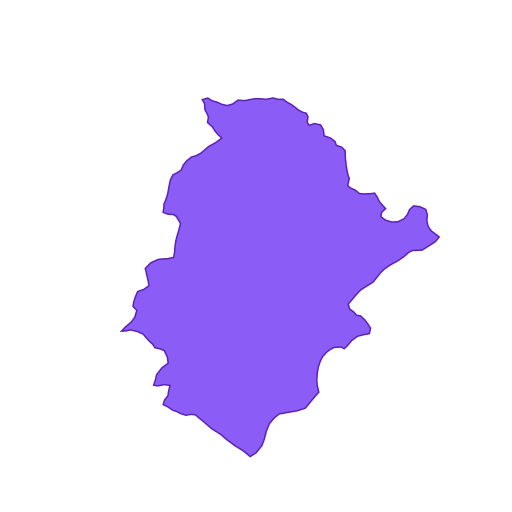 Biguaçu, Santa Catarina, Brazil (Natural Earth projection), rotated 53°
{"feature_id": "56859067B16833373833588", "entity_name": "Biguaçu", "entity_type": "district", "adm_level": 2, "iso_a3": "BRA", "parent_name": "Brazil", "parent_adm1": "Santa Catarina", "projection": "natural_earth1", "projection_center": [-48.699, -27.432], "detail": "fine", "context": "isolated", "style": "filled", "palette": "violet", "viewbox_px": 512, "rotation_deg": 53, "n_neighbors": 0, "source": "geoboundaries", "source_scale": "gbopen_adm2", "svg_char_len": 2755}
<svg xmlns="http://www.w3.org/2000/svg" viewBox="0 0 512 512"><g transform="rotate(53 256 256)"><path d="M235.1,408.6L237.6,404.9L239.5,400.7L244.8,396.3L250.6,393.1L254.9,392.9L260.2,392.4L264.4,391.6L268.5,391.9L272.8,388.2L276.5,386.2L283.3,387.6L288.7,390.6L288.7,398.5L291.0,406.9L294.6,411.1L297.6,415.5L300.7,412.5L303.6,406.5L307.6,402.6L311.7,407.5L314.6,410.4L315.9,415.5L318.8,419.6L323.0,417.4L329.3,415.2L332.3,413.0L336.4,411.1L341.0,407.8L343.4,403.2L346.3,400.0L350.5,399.1L355.2,397.9L359.8,396.9L367.3,395.3L377.2,391.6L384.6,390.0L395.8,386.7L402.6,383.9L407.9,382.5L412.7,381.4L413.2,374.2L411.0,365.5L407.5,359.9L402.2,353.2L398.0,346.3L396.3,338.9L396.1,332.5L404.5,316.1L407.2,308.0L405.1,299.5L403.5,292.6L402.6,287.8L395.6,284.7L391.5,282.0L386.0,277.1L382.0,272.8L378.8,268.1L376.5,263.5L375.3,257.5L375.3,253.1L376.1,248.5L379.9,242.8L383.1,241.4L382.6,236.8L381.1,230.3L381.2,223.2L383.4,217.9L386.2,212.2L382.6,207.9L377.7,207.6L373.0,207.5L366.8,208.5L363.9,211.3L359.3,211.7L354.5,213.1L349.9,211.2L346.9,197.8L346.1,192.8L346.5,187.6L347.3,178.2L345.5,171.1L344.4,167.1L343.7,161.7L343.8,155.8L344.3,151.5L345.2,145.3L345.5,137.4L345.0,132.1L345.6,128.0L348.1,124.5L351.3,119.7L352.1,109.5L352.5,104.0L351.0,98.2L346.0,99.6L341.7,100.9L336.2,100.8L330.9,98.5L326.1,94.3L320.9,92.4L315.2,95.5L310.8,100.0L311.3,105.4L313.9,109.9L315.4,115.3L314.1,122.0L310.7,127.0L305.5,130.9L299.8,132.6L296.7,129.3L296.2,124.0L290.6,124.5L286.8,124.7L282.2,123.8L277.2,123.4L275.1,127.1L271.7,132.1L268.4,135.8L262.9,137.2L259.1,139.3L255.2,140.6L250.3,134.9L246.5,133.7L243.0,132.1L238.1,129.6L231.1,125.4L225.7,121.5L220.7,122.0L216.1,125.2L212.0,124.0L206.6,125.5L201.0,129.3L195.7,126.2L190.2,125.5L185.4,129.6L183.7,134.9L179.9,134.6L176.1,130.7L172.1,130.0L169.2,132.3L165.6,134.0L161.2,135.2L156.6,136.5L151.9,138.6L147.1,140.0L144.2,144.1L140.0,147.3L137.0,153.6L132.9,158.0L130.1,161.6L128.1,165.3L125.3,171.3L120.7,176.6L120.6,182.9L118.6,188.4L114.2,192.1L109.5,194.6L105.7,197.6L100.9,199.4L98.8,204.8L103.3,205.4L108.4,208.7L112.7,209.4L116.3,210.3L120.2,214.4L126.7,213.1L131.4,213.5L136.2,213.3L141.2,212.3L141.2,219.5L140.1,227.6L140.4,233.1L140.7,238.4L139.8,243.7L138.1,247.9L138.3,254.3L139.5,259.0L142.3,264.0L142.1,268.7L141.2,273.4L143.5,278.3L147.8,283.3L152.6,288.4L155.8,292.6L159.3,298.4L162.3,300.8L165.2,303.9L169.8,301.1L173.1,297.1L176.4,295.8L180.1,296.2L184.7,296.8L189.1,302.4L192.3,306.7L195.8,311.1L200.4,315.7L203.6,318.4L207.6,322.6L204.8,328.5L202.2,332.3L199.9,336.2L198.1,344.0L199.3,351.9L211.4,357.3L215.2,359.4L215.2,365.5L213.2,371.9L216.0,376.9L219.2,381.4L222.3,384.6L227.7,383.9L232.1,389.9L233.7,395.7L234.1,403.0L235.1,408.6Z" fill="#8b5cf6" stroke="#5b21b6" stroke-width="1.5"/></g></svg>